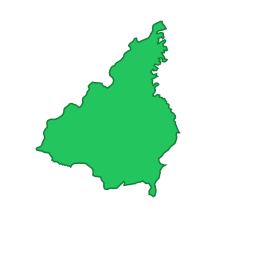 outline of São Jerônimo da Serra, Paraná, Brazil, rotated 56°
{"feature_id": "56859067B6794406070679", "entity_name": "São Jerônimo da Serra", "entity_type": "district", "adm_level": 2, "iso_a3": "BRA", "parent_name": "Brazil", "parent_adm1": "Paraná", "projection": "equal_earth", "projection_center": [-50.795, -23.707], "detail": "fine", "context": "isolated", "style": "filled", "palette": "green", "viewbox_px": 256, "rotation_deg": 56, "n_neighbors": 0, "source": "geoboundaries", "source_scale": "gbopen_adm2", "svg_char_len": 4470}
<svg xmlns="http://www.w3.org/2000/svg" viewBox="0 0 256 256"><g transform="rotate(56 128 128)"><path d="M58.7,40.1L57.9,41.3L57.4,44.0L57.0,46.8L56.9,49.4L58.6,51.6L59.7,52.1L61.2,52.9L62.5,56.1L64.1,58.6L64.8,60.8L64.3,63.2L63.8,65.5L63.4,67.9L63.2,70.2L62.4,71.4L61.1,71.9L59.2,71.1L58.1,70.9L57.6,72.6L58.4,73.9L59.0,75.7L59.0,78.0L59.3,79.5L59.8,81.2L60.8,81.5L62.6,80.9L64.3,81.8L64.6,83.4L64.3,85.2L64.3,88.6L64.8,89.9L66.7,92.0L67.2,94.1L67.7,95.3L67.9,97.4L67.6,99.6L67.6,101.0L67.8,102.3L68.8,104.2L68.4,105.6L68.3,107.5L69.2,109.0L70.3,111.1L71.7,112.4L74.1,113.6L76.9,112.8L78.3,112.7L80.5,113.2L81.6,114.5L82.9,115.7L82.9,117.6L83.3,119.4L83.5,122.5L82.1,123.4L80.7,123.8L79.9,124.9L78.8,125.2L76.5,124.7L74.5,126.9L71.5,130.6L70.3,131.6L70.5,133.7L70.6,135.6L71.5,137.8L73.4,137.9L74.6,139.2L75.1,141.3L76.8,143.3L77.6,144.9L77.7,146.5L77.8,148.1L78.8,149.6L80.2,150.4L81.8,151.4L82.6,152.5L83.4,154.2L84.0,156.6L82.9,157.2L81.7,157.7L80.5,158.1L79.4,158.6L78.2,159.8L76.3,160.7L75.4,163.0L76.0,165.3L76.2,167.5L76.1,169.5L77.3,171.0L78.8,172.1L80.2,173.9L80.7,175.8L80.8,179.8L80.4,182.6L79.5,184.6L78.7,185.7L77.7,186.9L77.2,188.9L77.2,191.0L78.5,192.4L81.0,193.7L82.0,194.3L82.5,195.6L82.8,197.3L84.2,199.9L85.9,201.2L87.8,201.7L89.2,202.3L90.7,204.0L91.5,205.7L92.4,207.1L93.9,209.0L94.4,210.3L94.3,211.9L93.6,214.2L94.0,215.7L95.1,215.9L96.2,215.0L97.3,214.0L98.2,213.0L99.1,212.1L100.4,211.5L101.7,210.6L102.9,209.1L104.2,207.8L105.6,207.4L107.1,207.6L109.1,207.6L110.0,207.1L111.1,207.5L112.0,209.1L113.5,208.4L115.0,207.9L115.4,206.5L116.6,205.6L118.2,205.0L119.6,204.9L120.2,203.2L122.0,202.8L122.4,201.5L123.5,201.2L124.3,199.6L125.7,199.3L126.5,197.8L128.3,197.3L127.5,196.0L127.1,194.3L127.3,192.3L128.1,191.0L129.1,189.6L129.8,187.9L131.0,186.7L131.7,185.2L132.9,184.0L133.9,182.7L135.6,182.4L137.0,181.8L138.5,181.3L140.7,180.5L143.4,180.4L144.9,181.5L146.1,182.1L147.3,183.4L148.7,182.9L149.8,182.2L150.8,180.9L151.8,179.7L152.7,178.7L154.1,177.9L155.3,178.9L157.2,179.0L158.5,178.6L159.8,178.6L161.4,179.6L162.8,180.6L164.3,181.3L165.5,181.3L166.6,180.4L167.4,179.2L167.8,176.8L168.7,175.3L169.6,174.3L170.5,172.8L171.6,171.0L171.2,168.7L170.7,166.2L170.4,163.5L170.0,161.6L171.2,161.1L172.3,162.2L173.3,163.3L174.5,160.6L175.1,159.5L175.9,157.9L176.9,155.2L178.1,153.3L178.1,151.8L178.9,149.3L179.9,147.4L180.0,145.5L181.1,145.2L182.3,144.7L183.8,144.3L184.7,143.0L185.7,141.6L187.6,141.7L188.7,141.7L190.4,141.8L191.9,145.5L192.9,146.5L193.9,146.7L194.9,147.7L196.0,146.3L198.0,145.7L199.1,145.2L199.0,143.5L197.6,141.8L196.2,140.4L194.4,139.3L193.0,138.8L191.9,138.1L190.7,137.9L189.3,137.3L188.6,135.9L187.6,134.0L186.9,130.8L186.0,129.3L184.2,127.8L183.3,126.5L181.3,125.4L180.3,123.2L179.4,120.9L179.6,117.8L178.4,119.3L175.7,121.1L173.7,121.1L171.8,120.5L170.5,119.4L170.4,117.2L169.9,114.4L168.9,112.8L168.8,109.1L168.6,106.4L167.6,104.2L167.3,102.4L167.2,100.7L167.0,97.9L166.0,96.4L164.7,94.6L163.2,93.0L161.3,92.0L160.1,91.6L159.1,90.2L160.0,89.3L160.6,87.9L159.4,88.0L157.8,87.8L156.3,87.7L154.7,87.2L153.4,86.9L152.3,86.6L151.2,86.7L150.3,85.7L149.2,85.5L147.8,86.0L146.6,85.3L146.2,83.2L144.7,82.0L142.7,82.0L141.3,82.1L139.9,82.7L138.9,83.3L137.8,83.2L136.9,81.7L135.6,82.4L134.0,82.8L132.8,82.1L131.9,81.2L130.5,81.3L129.2,82.3L127.7,81.4L125.9,81.7L124.0,81.2L123.4,82.7L121.9,82.7L120.9,83.7L120.0,84.8L118.5,83.4L116.8,84.9L116.7,86.4L116.9,88.0L115.2,89.3L113.7,87.5L113.0,85.4L112.0,84.1L110.4,83.8L109.4,82.9L109.0,81.0L109.3,79.4L108.9,78.1L107.4,78.5L106.3,79.9L106.5,81.4L106.9,83.4L105.4,83.0L103.8,82.6L102.6,81.2L100.9,81.1L101.4,78.1L101.4,76.1L101.7,74.6L100.3,75.3L99.0,74.0L98.6,75.9L98.0,77.1L97.0,77.6L95.9,77.4L94.5,78.0L93.8,76.9L93.3,74.4L94.8,74.8L96.2,72.2L95.3,69.9L93.7,70.4L92.4,70.9L91.0,71.5L90.2,69.9L92.6,67.9L93.0,65.3L91.5,63.9L90.2,65.0L89.3,63.1L87.4,63.8L88.1,61.5L89.4,60.7L90.9,61.7L92.1,62.0L93.2,61.3L93.7,59.8L93.4,57.4L92.2,58.0L90.9,59.3L90.1,58.5L88.9,58.2L86.7,58.2L84.3,58.1L85.8,56.0L85.0,55.0L83.5,54.7L84.3,53.5L85.3,53.2L85.3,51.6L84.2,51.5L83.0,51.0L81.6,51.0L80.2,53.0L78.2,52.3L77.5,49.1L76.7,48.0L75.5,48.3L75.2,50.2L75.0,52.4L75.1,53.9L75.1,56.1L74.0,55.9L72.9,53.8L71.9,53.1L70.6,53.1L71.0,51.3L71.4,49.3L73.3,49.3L73.3,47.9L72.3,47.2L71.2,47.0L70.2,46.4L68.8,46.0L67.4,47.2L66.5,50.3L65.5,51.4L64.6,49.9L64.6,48.2L65.3,46.2L66.3,43.7L67.0,40.8L65.3,40.8L64.2,40.7L63.2,40.7L60.8,41.0L59.8,40.9L58.7,40.1Z" fill="#22c55e" stroke="#15803d" stroke-width="1.5"/></g></svg>